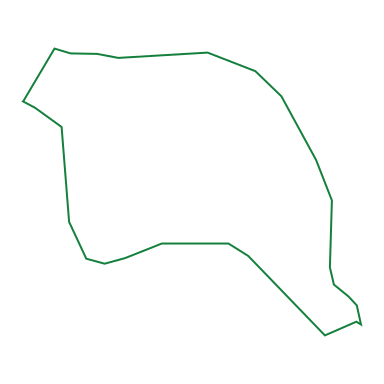 the border of Kep
{"feature_id": "KHM-1798", "entity_name": "Kep", "entity_type": "Province", "adm_level": 1, "iso_a3": "KHM", "parent_name": "Cambodia", "parent_adm1": "", "projection": "orthographic", "projection_center": [104.354, 10.511], "detail": "fine", "context": "isolated", "style": "outline", "palette": "green", "viewbox_px": 384, "rotation_deg": 0, "n_neighbors": 0, "source": "natural_earth", "source_scale": "10m", "svg_char_len": 459}
<svg xmlns="http://www.w3.org/2000/svg" viewBox="0 0 384 384"><path d="M361.0,324.5L356.3,321.7L324.9,335.4L248.3,256.0L228.4,243.5L161.9,243.5L125.1,258.1L104.6,263.7L86.3,258.7L69.1,221.9L61.6,127.0L35.2,107.9L23.0,101.4L23.5,100.9L54.5,48.6L70.5,53.4L97.1,53.9L118.3,57.9L207.6,52.6L255.4,71.2L281.4,96.3L316.1,160.0L331.9,200.4L329.9,267.4L333.9,284.6L348.4,296.4L356.8,305.4L360.9,324.1L361.0,324.5Z" fill="none" stroke="#15803d" stroke-width="2"/></svg>